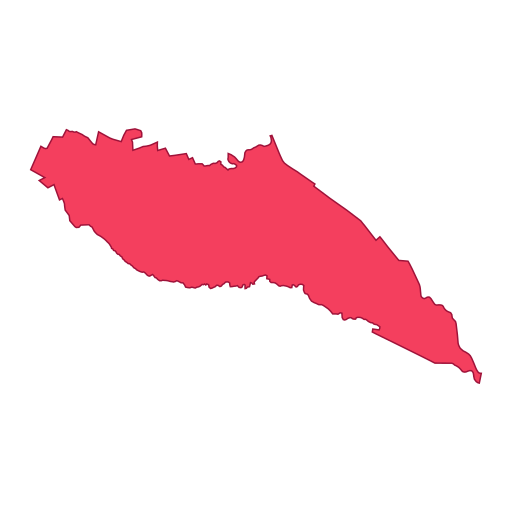 Langata, Nairobi, Kenya (Robinson projection)
{"feature_id": "3690345B52672237617144", "entity_name": "Langata", "entity_type": "district", "adm_level": 2, "iso_a3": "KEN", "parent_name": "Kenya", "parent_adm1": "Nairobi", "projection": "robinson", "projection_center": [36.812, -1.368], "detail": "fine", "context": "isolated", "style": "filled", "palette": "rose", "viewbox_px": 512, "rotation_deg": 0, "n_neighbors": 0, "source": "geoboundaries", "source_scale": "gbopen_adm2", "svg_char_len": 5881}
<svg xmlns="http://www.w3.org/2000/svg" viewBox="0 0 512 512"><path d="M53.1,136.7L51.6,139.8L47.1,148.3L45.4,148.6L43.9,148.1L40.9,146.3L34.5,161.0L30.7,169.7L44.8,177.6L39.2,180.5L47.9,187.8L54.0,184.6L54.6,186.4L59.5,199.9L62.4,198.5L63.0,199.7L64.2,202.8L64.5,204.1L64.6,205.8L65.2,210.1L69.2,215.5L69.6,218.9L69.8,220.7L75.0,226.7L76.3,227.5L78.9,227.3L80.8,225.1L87.5,224.8L89.1,224.8L90.5,226.2L92.1,227.1L93.1,229.0L94.3,231.3L95.6,232.8L97.3,234.5L99.2,235.5L101.0,236.5L102.9,237.9L104.5,239.1L106.0,240.5L107.2,241.8L108.5,243.0L109.4,244.0L110.3,245.5L111.3,247.1L111.6,248.4L112.8,248.9L113.6,250.4L115.2,250.9L116.0,251.9L116.6,253.1L117.8,254.2L119.3,254.5L120.2,255.8L121.9,256.9L122.7,258.8L124.2,260.0L125.2,261.4L126.7,262.3L128.2,263.6L129.7,263.7L130.7,264.8L132.3,265.9L133.9,267.8L135.5,268.6L136.6,269.8L138.5,270.8L140.0,271.5L141.4,272.0L142.6,272.2L143.7,271.9L145.0,272.8L145.9,273.7L147.3,275.2L148.5,275.9L149.7,276.1L151.2,275.2L152.5,274.5L153.4,275.3L155.1,277.6L156.4,277.9L157.6,279.3L159.6,280.7L161.4,280.7L162.7,280.2L164.3,280.4L166.2,280.5L168.1,280.8L169.7,281.3L171.0,281.6L172.2,281.7L173.5,282.0L175.4,281.5L176.7,280.7L177.9,281.1L179.3,281.8L181.1,282.8L182.9,282.8L184.6,284.9L185.6,287.1L187.7,287.6L189.9,287.8L191.6,287.2L193.0,287.4L194.1,287.8L195.4,288.0L196.8,287.2L198.4,286.9L199.9,286.3L201.2,285.2L202.1,284.4L203.4,284.7L204.6,284.0L205.8,285.0L206.8,283.9L208.6,284.8L209.1,287.2L210.6,288.5L212.1,288.1L213.7,287.3L215.2,286.7L216.6,285.3L218.0,285.3L219.9,286.6L221.4,286.0L222.5,284.5L224.1,283.6L225.5,282.1L227.3,281.9L228.5,282.1L229.7,283.0L229.8,284.8L230.3,286.7L232.2,286.6L234.1,286.2L235.7,286.1L237.4,285.6L239.1,287.4L241.0,287.7L242.2,286.9L242.7,285.1L244.1,284.4L245.2,285.2L245.0,286.7L245.1,288.6L246.4,288.3L247.3,287.1L249.5,286.7L250.5,282.6L251.7,283.0L252.8,284.2L254.5,283.9L254.1,282.3L254.9,281.2L258.1,277.9L258.9,276.7L260.3,276.3L262.2,276.0L264.1,275.3L265.5,275.0L267.0,275.8L266.8,278.7L268.2,279.0L269.7,279.4L269.8,281.3L271.1,282.5L273.7,282.6L275.3,283.0L276.9,284.1L278.9,285.9L280.2,286.2L281.5,285.7L283.4,285.5L286.4,286.1L288.2,286.7L290.2,287.7L291.8,287.6L292.0,286.3L292.3,284.9L293.5,284.7L294.7,285.7L296.1,287.0L297.4,286.5L298.5,284.8L300.5,284.2L302.3,284.4L303.8,285.5L303.6,287.5L303.5,290.0L304.3,292.2L305.1,293.5L306.3,293.9L307.5,294.2L308.5,295.6L309.6,298.4L311.5,301.1L314.1,302.6L316.4,303.5L318.6,304.6L320.1,304.7L321.5,304.6L323.1,305.3L324.6,306.3L326.2,307.4L328.3,308.9L330.5,311.1L332.7,313.9L334.3,313.9L336.0,313.9L338.0,314.2L340.2,312.8L341.9,313.2L342.0,314.8L342.2,317.6L343.3,319.6L344.7,320.0L346.4,319.4L347.7,318.4L350.0,317.6L351.4,317.8L352.4,318.7L353.8,319.1L355.6,319.1L356.3,317.7L357.8,317.3L360.0,317.4L361.2,317.7L362.6,318.4L364.1,319.4L365.6,319.3L366.7,320.0L368.3,321.4L369.4,322.0L370.9,322.7L372.6,322.8L373.6,323.9L375.1,324.4L376.7,324.6L378.2,325.6L379.9,326.8L379.7,328.5L379.1,329.9L372.8,329.0L372.3,332.0L376.0,333.9L401.1,346.2L422.7,356.9L434.9,363.1L448.6,363.2L451.8,363.2L453.3,363.8L454.7,365.1L456.1,365.7L457.6,366.6L458.9,367.5L460.4,369.0L462.1,371.1L463.1,371.8L464.8,372.1L466.4,371.8L467.7,371.2L469.7,370.6L471.5,370.7L472.4,371.5L473.2,372.7L473.6,374.8L473.8,376.5L474.4,379.2L476.2,381.6L477.8,382.7L479.3,383.1L481.3,373.3L479.7,373.2L478.4,372.5L477.4,371.1L476.5,369.6L475.5,367.4L474.0,363.6L471.7,358.3L470.3,355.8L468.7,354.1L467.2,353.1L465.6,352.1L463.2,350.9L460.9,348.9L459.9,347.8L458.6,345.1L458.1,343.2L457.8,339.7L457.6,337.2L457.4,334.9L456.1,323.8L455.5,321.5L453.6,319.5L452.4,318.2L452.0,316.2L451.8,314.6L450.6,312.7L449.1,312.1L447.9,311.6L446.7,310.9L445.7,310.1L444.7,309.0L443.8,307.7L443.3,306.5L442.4,305.5L441.0,305.0L439.7,304.9L438.3,304.9L436.5,305.1L434.8,304.4L433.5,302.6L431.0,298.7L429.5,297.2L428.1,297.0L426.8,297.4L425.5,298.2L424.2,298.6L423.0,298.2L421.9,297.4L421.1,296.3L420.8,294.7L420.7,293.3L420.5,291.3L420.3,288.9L420.0,286.8L419.4,284.6L418.3,282.2L412.1,268.9L409.5,263.8L408.0,261.2L398.8,260.4L390.9,250.7L387.8,246.9L381.4,238.6L379.9,236.8L376.0,240.3L371.8,234.9L364.2,225.1L363.0,223.7L362.2,222.7L360.8,220.9L359.0,219.5L346.9,210.3L329.5,198.0L313.8,186.2L314.9,184.0L312.9,182.7L311.3,181.6L300.2,173.9L297.5,171.9L292.8,169.0L287.5,165.5L284.4,163.1L282.5,160.6L280.4,156.1L279.1,153.1L271.9,135.4L270.2,135.9L270.9,137.3L271.4,140.6L271.1,142.5L270.2,144.0L268.4,145.2L265.6,146.1L264.0,146.4L262.3,145.5L260.5,145.0L258.9,145.1L257.2,146.1L255.8,147.0L253.8,147.8L252.5,148.7L251.2,149.5L249.8,149.8L248.2,149.8L246.9,150.1L245.8,151.1L244.9,152.8L244.4,157.2L243.7,159.7L242.9,161.2L241.9,162.0L240.5,162.3L239.3,161.9L238.2,161.1L236.1,158.6L234.6,157.0L231.1,154.7L228.2,153.5L228.2,155.2L228.2,157.3L227.9,159.1L228.3,160.4L229.0,161.7L230.4,163.0L232.3,163.8L233.9,163.6L235.0,164.2L236.6,165.4L236.5,166.9L235.0,168.1L233.1,168.6L231.8,168.5L230.3,168.7L229.0,169.0L228.0,170.0L226.6,168.8L225.2,167.5L223.8,166.9L222.3,165.1L220.9,164.4L220.8,161.7L219.3,160.9L218.1,161.5L217.1,162.7L215.4,163.4L213.3,163.3L211.7,164.0L210.6,164.6L209.6,165.6L208.1,165.5L206.8,165.7L205.3,166.0L204.1,166.0L203.3,165.0L202.1,163.8L200.5,163.8L198.3,163.8L196.5,164.0L195.3,164.0L192.5,157.7L188.8,159.4L186.3,153.6L175.2,155.3L169.5,156.0L165.4,148.2L157.7,150.5L157.3,146.0L157.4,142.1L151.1,144.9L149.4,145.5L146.2,146.2L143.1,146.5L139.3,148.1L132.9,150.3L132.5,142.2L131.5,139.5L141.7,136.8L141.8,134.4L141.7,132.7L140.7,130.7L137.1,129.5L135.0,128.9L126.5,130.3L123.8,135.2L121.2,141.6L119.4,141.1L114.5,139.7L112.8,139.2L109.8,138.0L98.6,131.8L95.7,144.8L94.1,144.5L92.8,143.8L91.8,142.7L89.6,140.0L87.9,137.8L86.7,137.2L85.3,136.6L83.8,135.7L82.1,134.5L80.3,133.7L78.2,132.7L76.3,131.7L75.1,132.2L73.7,132.0L72.4,131.4L70.3,131.6L69.1,131.3L68.0,130.4L66.4,129.7L62.6,137.1L53.1,136.7Z" fill="#f43f5e" stroke="#9f1239" stroke-width="1.5"/></svg>